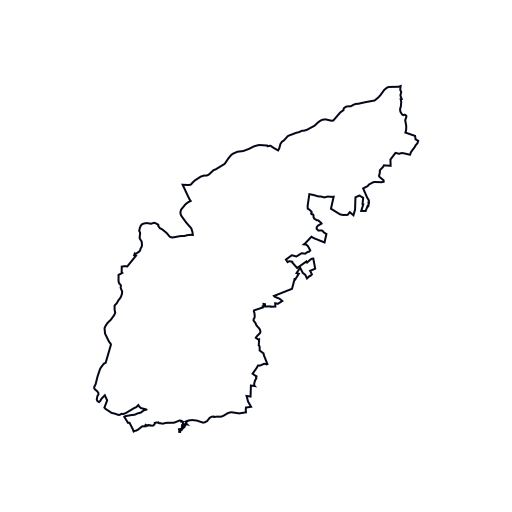 San Juan De Betulia, Sucre, Colombia (Albers equal-area conic projection), rotated 14°
{"feature_id": "7082276B36673753762663", "entity_name": "San Juan De Betulia", "entity_type": "district", "adm_level": 2, "iso_a3": "COL", "parent_name": "Colombia", "parent_adm1": "Sucre", "projection": "albers", "projection_center": [-75.202, 9.3], "detail": "fine", "context": "isolated", "style": "outline", "palette": "ink", "viewbox_px": 512, "rotation_deg": 14, "n_neighbors": 0, "source": "geoboundaries", "source_scale": "gbopen_adm2", "svg_char_len": 6125}
<svg xmlns="http://www.w3.org/2000/svg" viewBox="0 0 512 512"><g transform="rotate(14 256 256)"><path d="M253.6,422.0L254.2,422.4L256.6,421.4L261.1,420.3L263.3,418.7L266.6,415.3L269.2,413.8L270.3,413.5L277.8,412.8L284.1,410.1L283.3,407.8L282.9,405.5L287.7,403.5L283.6,399.3L280.7,394.1L284.7,393.7L282.4,382.9L286.2,382.5L285.5,382.0L285.1,379.8L285.2,377.0L285.9,374.5L285.4,373.8L285.6,372.6L282.8,371.8L281.8,371.1L281.2,371.0L283.7,364.5L284.5,361.7L285.5,361.6L286.8,361.1L289.8,358.7L290.8,358.5L292.6,358.6L293.2,358.1L287.6,350.3L286.9,348.7L282.4,346.8L281.6,343.4L280.5,341.9L280.3,341.9L279.2,336.2L278.7,336.6L275.6,335.4L276.0,334.1L278.7,329.5L278.5,328.1L277.7,326.6L277.0,325.8L273.2,323.2L271.6,321.1L269.2,319.2L269.0,317.8L269.5,316.3L269.4,315.0L268.4,312.0L267.2,310.0L267.3,309.2L275.1,304.3L274.6,303.2L275.5,302.4L274.9,300.7L276.4,300.6L276.9,302.8L282.3,301.4L282.5,301.7L287.0,300.4L286.1,297.2L288.8,297.1L292.4,293.3L289.3,291.8L284.0,291.0L283.1,290.4L298.9,279.1L299.0,269.2L299.7,269.4L301.8,262.9L299.5,262.8L300.8,258.9L302.0,257.1L305.5,261.1L308.3,262.3L310.9,265.4L312.9,262.3L313.6,262.2L314.7,260.3L312.1,257.3L316.5,254.0L312.2,244.6L311.1,245.0L309.8,246.1L307.1,250.1L306.5,250.0L306.1,249.2L299.1,257.4L298.7,257.2L298.5,257.5L292.9,253.6L292.6,252.8L289.5,253.0L288.1,254.3L285.9,252.2L290.6,246.6L295.3,246.7L299.6,242.3L303.2,241.8L305.1,239.6L306.5,239.0L307.3,237.4L303.8,233.7L301.9,232.8L299.7,233.1L300.8,231.6L305.1,223.9L307.8,224.7L319.2,226.3L319.0,217.6L316.3,216.8L314.3,215.4L313.2,215.4L310.4,216.2L308.2,214.9L308.0,213.2L308.7,211.6L311.8,208.7L311.4,208.2L307.8,206.4L306.3,206.6L303.6,205.7L302.4,204.4L302.2,203.2L301.5,202.1L301.1,201.8L299.8,202.0L299.5,201.8L299.2,201.3L299.4,199.9L299.2,199.6L296.4,198.0L294.8,197.6L294.0,195.2L292.8,183.1L296.7,182.9L302.1,183.1L304.4,182.6L308.2,182.6L311.1,181.0L315.7,180.2L317.0,179.7L317.3,192.0L327.6,195.3L330.7,195.1L334.5,194.1L335.1,193.7L336.4,190.8L340.7,192.9L340.9,187.1L338.3,175.0L341.7,172.3L345.9,173.6L346.8,179.8L347.6,179.9L347.2,186.8L351.5,185.8L352.2,180.4L352.9,180.5L352.7,176.8L352.2,176.9L352.1,174.8L349.7,172.4L343.6,164.5L347.3,161.3L348.5,159.1L352.0,156.0L353.2,155.5L360.1,154.0L361.9,153.1L361.5,151.7L356.9,149.5L356.2,148.9L356.0,148.4L356.0,145.2L355.5,143.1L355.9,142.0L357.9,138.5L358.2,137.1L364.8,135.9L363.1,129.9L366.4,122.2L370.2,122.2L372.3,120.9L374.3,120.6L380.9,120.5L381.3,117.5L383.6,112.0L384.1,110.0L385.4,107.5L385.5,105.0L382.6,104.2L381.3,101.0L371.1,100.1L371.2,97.7L370.7,95.0L370.2,93.2L367.9,88.1L368.2,84.6L368.1,83.9L367.1,83.1L366.1,82.9L364.8,83.7L363.6,83.4L361.5,81.4L360.8,80.3L360.2,78.2L360.4,76.2L359.7,71.6L358.4,68.8L359.4,68.4L357.4,65.5L357.2,64.1L357.3,61.9L355.7,59.8L355.2,56.1L353.4,57.3L344.2,59.8L342.5,60.8L340.3,63.7L337.8,69.9L336.3,72.6L333.5,76.4L324.9,80.3L318.3,83.6L316.2,84.2L314.2,85.5L311.9,87.7L308.0,88.9L306.9,89.7L305.5,91.4L305.4,92.1L305.6,93.3L303.1,96.2L298.2,105.9L296.4,106.5L290.3,106.6L287.4,107.8L285.6,109.3L283.8,111.5L281.3,115.4L274.7,121.4L272.2,122.8L270.2,123.4L267.8,125.4L265.1,126.8L258.5,131.4L257.8,132.1L255.1,137.1L253.5,138.9L253.1,140.0L252.6,141.5L252.5,146.1L251.9,148.2L246.8,146.8L243.3,145.5L240.7,146.7L240.2,146.1L232.9,147.4L231.2,148.0L227.5,150.1L223.1,153.9L218.1,157.3L212.8,159.3L208.8,162.4L207.5,164.0L205.7,167.7L203.3,174.2L195.8,181.8L194.0,183.0L190.8,188.0L189.8,189.1L188.5,189.9L186.0,190.6L183.1,192.4L178.3,197.6L176.3,200.8L175.9,201.9L175.1,202.8L172.7,203.6L167.6,204.6L175.5,214.4L178.0,217.3L179.3,218.4L177.0,220.4L175.1,222.8L172.4,228.5L172.1,229.3L172.1,232.0L173.0,234.1L174.4,235.6L180.4,240.6L186.5,244.8L188.6,248.2L189.6,250.9L187.6,251.2L184.3,252.4L181.7,253.9L177.7,255.0L170.4,258.3L168.2,258.3L167.0,257.7L164.0,255.5L162.3,254.6L158.2,252.7L156.2,252.4L154.0,250.6L153.6,249.3L150.7,248.5L149.1,248.4L146.4,250.1L142.4,250.4L139.7,251.4L137.7,252.8L136.8,254.7L136.5,256.7L136.6,259.9L137.8,261.3L138.1,262.1L138.5,265.4L138.9,267.1L141.6,269.7L142.8,273.2L142.8,274.8L142.2,276.8L142.2,278.6L141.8,279.7L138.8,283.1L137.8,282.8L137.6,284.8L139.4,284.9L133.6,297.3L131.1,297.6L128.3,298.8L129.5,303.9L130.4,304.7L127.2,307.6L128.5,312.9L129.0,314.4L130.1,315.9L131.6,316.7L132.1,317.6L132.3,319.3L132.7,320.1L134.7,322.8L135.1,325.1L134.9,327.8L134.4,329.7L133.3,332.1L132.3,335.6L131.0,337.8L130.8,338.6L131.9,342.6L133.1,345.0L132.7,347.7L130.5,353.1L128.2,356.7L126.9,360.3L126.5,362.7L128.3,367.8L134.0,374.6L136.4,376.5L136.7,377.3L136.0,395.1L135.9,396.1L134.4,397.3L132.5,401.7L132.0,403.4L131.4,411.3L131.4,419.1L131.1,420.9L130.7,421.7L130.9,423.2L131.6,424.1L135.0,425.9L136.3,427.2L136.6,428.5L136.0,430.4L136.2,433.7L136.6,434.4L137.4,435.2L139.1,435.7L140.1,433.9L140.5,432.1L143.0,427.7L146.5,432.1L145.6,439.8L147.1,440.8L154.0,443.2L156.7,443.1L161.1,443.5L162.2,443.1L163.8,441.6L165.2,441.6L167.8,439.8L174.6,433.0L176.3,431.7L177.9,429.1L179.2,430.4L181.2,431.4L186.4,431.4L186.7,431.6L186.5,431.8L184.6,432.8L182.0,435.9L179.3,437.3L176.6,439.4L173.3,440.6L168.7,442.7L167.8,443.1L167.1,443.9L172.2,448.9L173.6,448.4L178.3,453.8L179.7,455.9L180.8,454.9L181.7,454.6L183.4,453.2L186.8,448.8L189.9,448.0L189.5,447.3L189.8,446.5L190.7,446.9L191.5,446.5L191.8,446.9L192.7,446.4L192.8,446.0L193.5,445.9L193.5,446.2L196.5,445.7L197.6,445.1L198.6,442.7L198.3,442.4L199.2,441.8L200.7,441.4L201.5,441.5L201.6,441.2L202.6,441.7L203.8,441.3L204.9,441.5L206.4,441.1L209.3,439.6L216.8,437.6L221.8,434.0L223.6,434.0L223.6,434.8L225.2,434.6L225.7,436.4L225.6,437.2L225.2,437.6L225.3,438.7L225.8,438.6L225.5,441.1L225.9,441.2L225.4,441.9L223.2,442.7L223.6,443.5L224.2,443.3L224.3,443.6L224.5,444.5L223.9,444.6L224.0,445.2L224.8,445.1L224.6,444.6L225.0,442.8L225.9,443.0L226.2,441.7L227.5,439.9L226.7,439.7L227.2,437.9L228.2,438.0L228.3,437.6L227.8,437.5L228.3,437.0L227.4,436.5L228.5,436.0L229.8,436.0L228.7,435.3L228.1,434.3L229.3,433.1L229.0,433.1L228.4,433.9L227.8,433.7L228.5,433.1L231.0,431.6L233.9,430.6L238.5,430.0L245.0,430.5L246.5,429.8L248.5,428.0L250.2,424.2L251.9,422.7L253.6,422.0Z" fill="none" stroke="#020617" stroke-width="2"/></g></svg>